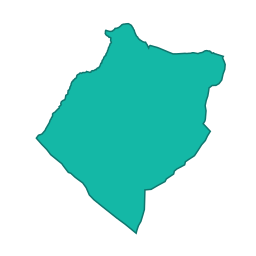 outline of Bradesti, Harghita, Romania, rotated 186°
{"feature_id": "2599482B45908659223453", "entity_name": "Bradesti", "entity_type": "district", "adm_level": 2, "iso_a3": "ROU", "parent_name": "Romania", "parent_adm1": "Harghita", "projection": "mercator", "projection_center": [25.438, 46.404], "detail": "fine", "context": "isolated", "style": "filled", "palette": "teal", "viewbox_px": 256, "rotation_deg": 186, "n_neighbors": 0, "source": "geoboundaries", "source_scale": "gbopen_adm2", "svg_char_len": 4441}
<svg xmlns="http://www.w3.org/2000/svg" viewBox="0 0 256 256"><g transform="rotate(186 128 128)"><path d="M160.3,222.8L160.4,222.6L160.5,222.3L160.5,221.9L160.5,221.1L160.4,220.2L160.5,219.6L160.0,218.9L159.3,218.1L158.8,217.8L158.2,217.5L157.3,217.1L156.9,217.0L156.7,216.8L156.4,216.2L156.0,216.2L155.0,216.2L154.6,216.0L154.4,215.5L154.5,215.2L154.4,214.0L154.5,213.6L154.3,212.9L154.1,212.5L153.6,211.8L153.5,211.6L153.6,210.9L154.3,210.3L154.5,210.0L154.7,209.0L154.8,208.2L155.0,207.7L155.2,207.3L155.3,206.6L155.7,206.0L155.9,205.2L155.8,204.4L156.1,203.5L156.4,203.1L156.4,202.2L156.7,201.2L157.2,200.0L157.5,199.6L157.7,198.8L157.6,198.7L157.5,198.4L157.7,197.7L158.4,197.2L158.7,196.9L159.4,195.7L159.4,195.1L159.7,194.3L159.9,193.5L160.7,192.5L160.7,191.8L160.7,191.4L160.9,191.1L160.8,190.8L161.2,190.3L161.1,189.7L161.8,189.3L162.2,187.3L162.4,186.8L162.5,186.5L162.7,185.9L163.1,185.6L163.3,185.3L163.4,184.9L163.8,184.6L164.3,184.6L164.5,184.5L165.0,184.1L165.7,182.7L165.9,182.7L166.1,182.7L166.3,182.8L166.9,182.4L167.3,182.0L167.8,181.6L168.1,181.4L168.8,181.4L169.9,181.1L170.5,180.5L170.7,180.1L170.7,179.8L171.3,179.4L172.1,179.3L172.7,179.5L174.1,179.7L174.7,179.7L175.0,179.9L175.5,179.2L176.6,178.7L177.3,178.5L178.1,178.5L178.6,178.5L179.1,178.2L179.5,177.9L179.9,177.5L180.5,177.7L181.3,177.7L181.8,177.4L182.1,176.8L183.9,175.6L184.4,174.6L184.5,173.9L184.4,173.5L184.5,173.0L184.7,172.7L185.1,171.9L185.5,171.7L185.9,171.6L186.6,170.4L187.1,170.1L187.5,169.7L187.4,169.2L187.7,169.0L188.4,168.3L188.8,167.3L189.0,166.5L189.2,165.8L189.1,164.9L189.4,164.0L189.7,163.3L190.0,162.6L190.0,162.2L190.0,161.5L190.0,161.2L190.2,160.6L190.4,160.4L190.5,160.2L190.7,159.5L191.3,159.2L191.5,158.9L191.4,157.8L191.4,157.6L191.5,157.1L191.4,156.4L191.4,155.5L192.3,154.7L193.1,154.2L193.3,153.5L193.4,151.2L193.7,149.8L194.0,149.3L194.5,149.2L195.6,148.5L197.0,147.2L197.4,145.5L197.3,145.0L197.2,144.7L197.0,144.4L197.3,143.4L198.3,142.5L198.7,142.0L198.5,141.9L198.5,141.2L198.5,140.6L199.4,139.8L199.5,139.6L200.0,139.2L200.5,138.5L201.6,137.1L202.1,136.3L203.0,135.7L204.0,134.8L204.5,134.0L204.3,132.9L204.4,131.7L204.4,131.3L205.0,130.7L205.2,129.9L205.5,129.3L205.6,128.6L206.1,128.0L206.6,126.0L206.7,125.3L207.0,124.6L209.7,118.6L210.2,116.9L210.6,116.4L211.7,114.8L212.9,113.1L213.4,112.8L214.6,112.1L215.5,111.9L216.4,111.3L216.6,110.8L217.0,110.3L217.1,110.1L217.5,109.3L218.0,108.6L218.1,108.3L217.9,108.1L216.5,106.8L212.0,102.7L206.6,98.2L204.3,95.8L202.1,93.4L190.1,85.6L188.0,83.2L182.7,77.6L180.1,77.0L175.6,73.6L172.1,71.5L167.3,68.7L163.3,64.2L159.5,57.4L154.4,53.1L145.3,47.2L129.6,37.2L120.9,32.1L108.9,24.2L108.5,27.1L107.4,32.0L105.4,36.5L104.2,42.8L103.2,48.6L103.7,55.3L104.7,68.2L98.6,69.4L92.2,74.1L85.6,78.6L84.5,81.4L77.8,87.0L77.4,90.0L75.2,92.3L67.8,97.3L67.4,100.4L64.4,103.0L59.0,107.4L55.6,113.9L53.0,119.1L49.8,123.6L48.2,128.3L45.8,133.3L53.7,140.1L52.3,142.9L52.0,144.9L52.1,148.8L52.2,153.3L53.6,158.3L53.1,163.4L52.0,168.2L51.7,172.8L51.6,176.3L48.7,179.1L45.0,179.6L43.6,180.6L42.2,181.6L41.0,183.5L39.8,185.5L39.1,191.7L38.5,194.0L37.9,196.4L38.0,201.3L39.4,204.3L41.3,207.6L41.0,208.4L40.7,209.2L41.2,209.3L42.6,209.6L46.6,210.4L47.8,210.6L48.1,210.8L49.0,210.8L49.6,211.0L49.8,211.1L50.3,211.2L50.6,211.6L50.8,211.7L51.3,211.5L52.0,211.1L52.3,211.4L52.8,211.4L53.1,212.0L53.6,212.1L53.9,212.6L54.5,212.6L54.7,213.0L55.4,213.1L56.1,212.9L57.0,213.1L57.8,213.2L59.4,212.8L59.9,212.5L60.8,211.8L62.0,210.9L64.6,210.1L66.1,209.3L70.7,209.7L71.8,209.6L72.7,209.2L73.8,208.8L74.4,208.7L74.9,208.7L75.5,208.6L76.3,208.4L77.4,208.2L78.1,208.2L79.0,208.2L79.8,208.1L80.4,208.0L80.9,207.9L86.2,207.0L86.7,206.9L86.8,206.9L87.3,206.8L91.0,206.4L96.0,207.8L100.9,209.3L104.9,210.5L107.5,211.2L111.3,211.8L112.1,212.0L113.0,212.1L114.6,212.4L115.6,211.2L115.8,209.8L116.6,210.9L117.3,212.1L117.8,213.0L118.9,214.1L119.3,215.0L119.5,215.2L120.5,215.0L122.5,215.4L123.5,216.0L124.1,216.3L125.2,216.6L125.5,217.2L126.4,217.5L127.6,218.8L127.9,219.4L129.2,220.3L130.5,222.5L131.5,224.3L132.0,225.8L133.0,227.0L133.6,228.2L134.2,228.8L135.4,230.4L137.7,231.5L138.6,231.8L140.2,231.5L141.6,231.2L142.6,230.9L143.4,230.8L144.8,230.1L146.2,228.4L147.8,226.9L148.5,226.6L149.5,226.0L150.1,226.0L151.3,225.7L151.9,224.4L152.8,223.7L153.6,222.8L153.7,222.7L154.4,222.5L155.9,222.1L156.7,222.2L158.8,222.5L159.5,222.7L160.1,222.8L160.3,222.8Z" fill="#14b8a6" stroke="#0f766e" stroke-width="1.5"/></g></svg>